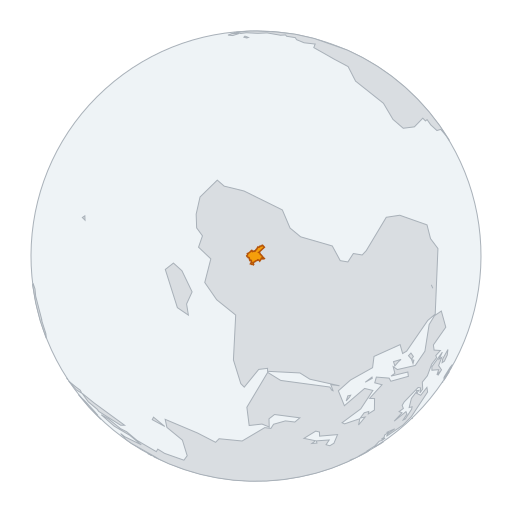 North-Western on an orthographic globe, rotated 138°
{"feature_id": "ZMB-521", "entity_name": "North-Western", "entity_type": "Province", "adm_level": 1, "iso_a3": "ZMB", "parent_name": "Zambia", "parent_adm1": "", "projection": "orthographic", "projection_center": [25.141, -12.794], "detail": "medium", "context": "on_globe", "style": "filled", "palette": "amber", "viewbox_px": 512, "rotation_deg": 138, "n_neighbors": 0, "source": "natural_earth", "source_scale": "10m", "svg_char_len": 6645}
<svg xmlns="http://www.w3.org/2000/svg" viewBox="0 0 512 512"><g transform="rotate(138 256 256)"><circle cx="256" cy="256" r="225" fill="#eef3f6" stroke="#a8b0b8"/><path d="M34.8,213.1L34.9,212.6L34.3,215.9L34.0,226.5L37.6,228.2L38.4,236.5L37.6,242.9L39.7,243.0L39.8,246.8L51.9,246.0L61.1,252.4L62.8,265.9L59.1,284.2L65.0,319.3L60.8,335.1L66.0,349.4L73.6,372.2L70.2,373.9L77.6,382.3L81.1,389.6L80.7,392.0L86.2,398.8L86.1,400.5L90.1,403.7L98.4,414.3L105.7,420.3L113.8,428.4L118.6,431.7L118.7,432.3L120.8,434.4L123.8,436.5L120.3,435.1L109.8,427.1L104.2,422.0L91.2,409.1L94.1,412.4L78.5,394.7L67.1,378.6L50.3,347.9L43.9,331.9L38.7,315.5L34.8,298.7L32.2,281.7L30.9,264.5L30.9,247.3L32.2,230.1L34.8,213.1ZM129.0,438.9L121.9,436.2L124.6,437.1L119.6,432.6L125.8,435.4L129.0,438.9ZM117.1,426.8L115.4,423.5L117.0,424.2L118.6,426.7L117.1,426.8ZM307.9,36.8L308.3,36.9L318.1,39.6L321.2,40.9L322.9,41.4L321.2,40.5L310.0,37.3L326.0,41.9L341.7,47.6L356.8,54.5L371.4,62.6L385.4,71.6L398.7,81.7L411.2,92.7L422.9,104.6L433.6,117.4L443.4,130.9L452.1,145.1L459.8,159.9L466.3,175.2L463.9,169.4L465.3,174.2L474.0,200.1L475.4,206.5L475.4,214.6L474.5,209.6L467.6,192.5L469.8,207.2L475.2,224.4L477.2,241.6L474.6,233.6L472.2,218.4L469.7,211.9L467.8,198.6L461.0,177.3L458.2,178.2L456.0,170.5L446.2,152.5L440.8,153.6L433.9,168.4L436.9,188.2L432.8,195.4L417.9,163.6L410.7,144.6L405.7,144.9L390.1,127.8L364.3,122.6L360.3,117.9L355.5,119.2L344.5,113.8L338.2,106.6L331.7,106.4L348.3,125.8L355.3,126.3L360.6,120.1L364.0,127.1L374.5,134.6L364.0,149.7L325.2,161.7L320.9,147.0L288.8,109.2L289.5,105.5L289.3,105.0L288.9,104.3L286.5,110.4L280.8,103.7L298.4,128.4L301.6,139.7L324.6,162.6L322.6,164.8L329.9,169.9L352.5,166.4L352.7,171.3L342.3,193.9L310.6,225.7L314.5,249.8L311.8,270.6L291.5,284.1L292.8,301.0L282.3,306.8L281.3,316.6L272.5,327.1L258.1,337.3L234.0,338.3L232.9,329.2L221.4,312.3L205.6,272.6L212.0,254.0L210.0,240.4L192.6,212.4L196.5,196.2L191.7,190.1L182.0,192.7L176.4,185.7L170.5,186.2L133.3,197.6L121.9,190.1L108.1,164.7L114.7,152.1L115.8,139.8L161.7,92.9L171.5,93.2L207.7,84.5L212.3,85.4L208.2,93.7L235.5,102.4L244.1,95.0L268.7,100.6L285.0,100.7L290.5,85.6L263.9,84.9L259.1,77.9L280.4,72.3L303.6,74.5L302.5,72.0L287.7,65.6L292.9,61.8L282.6,63.3L286.9,65.8L280.5,67.1L276.2,65.0L278.2,63.5L271.1,62.3L263.3,70.7L266.9,74.2L248.5,76.0L252.6,82.3L247.6,85.5L238.8,76.2L239.6,72.7L223.3,64.6L220.8,68.2L236.0,76.4L231.3,75.9L228.1,82.0L226.9,77.0L210.9,68.1L194.2,72.2L173.2,89.2L163.4,92.2L155.1,91.1L162.6,76.1L183.7,71.2L186.6,66.9L182.2,62.4L189.0,61.7L189.8,59.6L197.7,58.1L208.8,52.3L216.8,51.0L221.1,45.6L225.8,44.5L221.9,47.8L223.5,49.8L243.5,48.4L247.3,47.2L248.5,44.1L253.8,44.6L252.4,41.8L263.8,40.8L248.7,40.0L249.6,37.5L256.4,35.7L254.0,35.0L242.9,38.0L240.9,39.5L243.6,40.9L235.8,46.2L228.9,47.5L226.8,42.3L216.9,44.0L219.5,40.1L247.9,32.7L259.8,32.0L279.7,34.7L277.0,35.6L268.5,34.7L276.4,37.3L275.7,36.2L280.2,36.9L282.2,35.5L285.5,36.0L281.9,34.2L286.1,34.7L288.3,35.9L294.9,35.3L303.6,36.8L303.5,36.5L301.0,35.8L313.7,38.6L313.1,38.4L308.7,37.2L304.6,36.1L302.9,35.7L307.9,36.8ZM146.2,113.7L145.0,117.3L146.2,113.7ZM328.8,85.9L342.4,88.4L335.4,78.9L340.0,79.3L335.9,76.2L334.8,78.2L324.7,70.3L330.2,68.9L328.1,65.6L323.4,64.7L314.9,68.7L329.3,79.6L326.6,82.7L328.8,85.9ZM35.0,212.3L34.7,214.1L34.5,215.0L35.0,212.3ZM186.4,51.8L189.1,52.2L186.1,54.6L175.9,58.1L180.2,54.4L186.4,51.8ZM193.6,52.4L194.3,47.3L200.7,45.5L197.0,47.2L201.1,46.6L196.3,49.3L201.7,53.4L199.4,56.0L181.8,59.9L188.9,56.9L185.8,56.4L193.6,52.4ZM184.9,43.2L185.3,42.5L198.6,39.3L196.7,40.3L186.4,43.3L182.6,43.9L184.9,43.2ZM202.3,37.2L201.5,37.4L201.0,37.5L202.3,37.2ZM196.9,38.6L199.6,37.9L189.7,40.7L196.9,38.6ZM217.4,82.1L220.9,82.1L226.4,81.4L224.5,85.5L217.4,82.1ZM206.3,76.0L209.5,75.2L209.4,79.9L205.8,80.2L206.3,76.0ZM211.3,71.0L209.7,74.8L208.4,72.9L211.3,71.0ZM224.8,47.2L228.2,46.5L228.6,47.2L226.7,48.5L224.8,47.2ZM249.4,30.8L248.8,30.8L247.8,30.9L249.4,30.8ZM286.0,87.9L281.3,90.6L278.8,89.2L280.9,88.5L286.0,87.9ZM251.4,87.3L259.3,89.1L250.8,88.4L251.4,87.3ZM359.1,397.0L359.3,400.8L356.3,400.4L359.1,397.0ZM349.0,270.2L332.4,306.7L322.1,306.0L320.9,294.6L327.5,272.1L339.7,266.8L345.8,257.3L349.0,270.2ZM478.4,292.0L478.4,291.9L478.7,290.0L478.4,292.0ZM478.9,288.5L477.6,279.8L476.4,273.8L477.3,270.7L479.2,276.9L478.9,288.5ZM477.1,270.4L474.6,254.9L466.9,218.2L469.8,220.8L476.9,245.8L476.6,248.6L478.2,259.9L477.1,270.4ZM480.7,272.1L480.5,266.7L480.2,263.0L480.0,249.0L480.1,243.5L480.6,245.5L480.6,238.3L481.3,255.2L480.7,272.1ZM437.8,190.3L442.6,203.8L440.0,204.8L437.8,190.3ZM467.8,179.4L468.7,181.7L468.3,180.9L467.2,177.8L467.0,177.2L467.8,179.4ZM289.9,33.3L289.5,33.2L290.4,33.6L295.9,34.7L286.8,33.2L285.4,32.7L285.8,32.7L289.9,33.3ZM441.2,384.2L440.2,384.3L442.3,379.4L446.6,373.6L458.2,351.3L457.9,352.6L464.1,338.9L466.9,335.3L459.7,352.3L451.1,368.6L441.2,384.2Z" fill="#d9dde1" stroke="#a8b0b8" stroke-width="1"/><path d="M243.9,259.6L243.9,256.9L251.6,256.8L251.1,256.0L251.3,255.1L251.7,254.4L251.7,254.0L251.5,253.7L251.4,253.5L251.5,252.4L251.6,252.2L251.4,251.5L251.6,251.0L251.6,250.8L251.8,250.6L251.6,250.0L251.7,249.5L251.6,249.4L251.6,248.9L251.5,248.5L251.8,248.5L252.0,248.6L252.1,249.1L252.7,249.1L253.0,249.3L253.0,249.6L253.1,249.8L253.1,250.0L252.9,250.4L252.7,250.4L253.3,250.8L253.8,250.7L254.3,250.2L254.8,250.2L255.2,250.0L256.2,249.9L256.7,249.7L256.7,250.1L256.6,250.3L256.5,250.5L256.7,250.8L256.6,251.0L256.8,251.5L257.3,251.8L257.4,252.0L257.7,251.8L257.8,251.8L258.3,252.1L258.7,252.1L259.2,252.5L259.9,252.5L260.5,252.7L260.9,252.5L261.2,252.7L262.1,252.9L262.7,252.8L262.9,252.5L263.1,251.9L263.2,251.7L263.3,251.3L263.9,251.2L264.1,252.2L264.8,252.6L265.1,253.6L265.4,253.9L265.1,254.1L264.7,253.9L264.2,254.3L263.3,254.2L263.4,254.9L263.2,255.0L262.9,255.3L262.6,255.5L262.5,255.8L262.8,256.1L262.7,256.4L263.2,256.7L263.3,256.8L263.5,256.8L263.4,257.3L263.0,257.7L263.0,258.1L262.8,258.5L262.6,258.6L262.3,259.1L262.3,259.5L262.9,260.1L262.8,260.4L262.7,260.8L263.0,261.4L262.9,261.8L262.9,262.2L262.8,262.4L262.3,262.4L262.1,262.5L261.4,262.5L260.7,263.2L260.7,263.5L260.0,263.3L259.9,263.2L257.8,262.9L257.3,263.1L256.7,263.0L256.0,263.2L255.6,263.2L255.3,263.0L255.3,262.6L255.7,262.4L255.8,261.7L254.5,261.2L254.4,260.8L254.2,260.6L253.8,260.7L253.5,260.4L253.4,260.6L253.2,260.6L252.9,260.5L252.8,260.3L252.8,260.5L252.5,260.4L251.6,260.8L251.1,260.7L250.6,260.8L250.4,260.7L249.2,261.3L248.7,261.4L248.7,261.1L248.3,261.0L248.1,260.7L247.8,260.7L247.7,260.5L247.3,260.3L246.9,260.4L246.7,260.7L246.0,260.4L245.0,259.6L244.9,259.6L244.5,259.9L243.9,259.6Z" fill="#f59e0b" stroke="#b45309" stroke-width="1.5"/></g></svg>